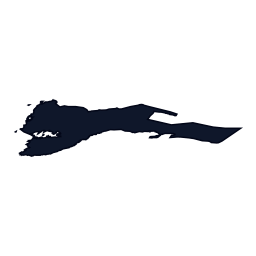 outline of Hvalfjarðarsveit, Vesturland, Iceland
{"feature_id": "244011B64770191202242", "entity_name": "Hvalfjarðarsveit", "entity_type": "district", "adm_level": 2, "iso_a3": "ISL", "parent_name": "Iceland", "parent_adm1": "Vesturland", "projection": "equal_earth", "projection_center": [-21.787, 64.41], "detail": "fine", "context": "isolated", "style": "filled", "palette": "ink", "viewbox_px": 256, "rotation_deg": 0, "n_neighbors": 0, "source": "geoboundaries", "source_scale": "gbopen_adm2", "svg_char_len": 5716}
<svg xmlns="http://www.w3.org/2000/svg" viewBox="0 0 256 256"><path d="M218.5,142.7L222.0,141.0L240.6,128.3L225.3,128.3L213.1,127.1L192.9,122.8L171.4,124.9L147.6,119.4L150.3,115.7L152.9,113.4L153.9,111.8L153.9,111.4L158.9,112.0L161.4,112.1L165.1,112.9L165.8,113.3L167.3,113.3L167.9,113.8L170.1,114.0L170.4,114.1L170.2,114.4L170.9,114.4L170.8,114.6L173.1,114.9L175.0,115.7L176.1,115.5L176.9,114.1L170.3,111.9L149.7,106.8L143.7,105.2L143.0,104.7L141.4,104.5L139.7,104.7L138.0,105.3L130.7,106.6L121.5,109.0L118.8,109.0L116.9,108.0L115.6,108.6L109.1,109.1L106.3,110.0L101.4,110.2L99.1,109.9L97.8,110.6L91.4,111.1L90.5,111.5L89.1,111.5L88.2,111.8L86.8,109.7L83.3,107.7L75.5,106.6L68.1,106.6L64.4,105.9L59.9,107.0L55.5,103.5L55.6,103.0L56.8,102.6L56.9,102.0L56.4,101.2L54.7,100.4L53.3,100.3L53.0,99.9L52.0,101.0L51.0,101.4L50.0,101.4L47.8,102.0L45.1,102.0L44.6,102.5L44.6,102.9L43.5,103.3L43.6,102.6L43.3,103.2L42.8,103.4L43.0,103.6L42.0,104.0L41.7,104.0L42.1,103.4L41.6,103.3L41.3,102.8L42.1,102.5L42.7,101.7L42.4,101.8L42.4,101.4L42.1,101.3L40.7,101.6L40.5,102.0L40.6,102.5L41.2,103.2L41.3,103.8L40.8,104.3L41.1,103.9L40.2,104.0L39.2,104.8L37.4,105.6L37.5,106.1L37.2,105.9L37.1,105.4L37.0,106.5L35.9,107.6L35.9,108.3L34.9,108.6L34.1,109.6L34.2,110.1L33.8,110.1L33.6,110.9L34.1,111.9L33.5,112.6L33.5,113.3L32.7,114.1L31.3,114.0L30.8,114.9L30.6,115.4L31.2,115.3L31.2,116.1L30.7,116.5L31.4,116.4L31.3,117.0L32.0,116.9L32.2,117.0L32.0,117.3L32.5,117.3L32.0,117.6L32.1,118.3L31.3,118.4L31.5,119.1L32.1,119.0L32.0,119.3L31.6,119.6L31.2,119.6L31.3,119.4L30.1,119.7L30.7,120.1L29.8,120.9L30.3,121.1L29.6,121.0L30.2,120.3L29.1,120.1L28.0,121.7L28.2,121.8L27.0,121.3L26.7,120.8L27.9,120.1L27.7,119.8L28.5,118.9L28.2,118.6L28.4,118.1L28.0,117.9L28.1,117.6L29.3,116.9L29.5,116.1L30.2,116.2L30.7,115.8L30.3,115.6L29.4,115.8L28.2,116.6L26.9,118.8L27.0,120.1L26.0,120.8L26.5,123.7L26.3,124.4L25.6,125.0L23.9,125.2L23.9,127.5L23.1,128.4L22.3,128.8L20.7,128.8L20.3,129.1L23.8,131.8L30.6,134.6L32.7,135.9L34.1,136.3L35.0,136.0L33.9,135.8L34.1,135.5L33.9,135.2L33.7,135.2L33.9,135.6L33.5,135.6L31.9,134.3L30.8,134.0L30.5,133.7L31.5,133.4L32.5,133.6L33.6,132.6L35.0,132.0L36.8,131.6L39.5,131.6L38.8,132.1L39.0,132.6L38.5,132.6L38.3,133.5L38.0,133.6L37.9,133.8L38.7,133.4L39.7,132.4L40.7,132.0L42.1,130.8L44.0,130.4L44.5,130.5L44.0,131.2L44.2,131.5L43.9,132.1L46.2,130.9L49.7,130.5L49.9,131.0L49.6,131.3L51.7,131.6L52.9,132.2L52.9,133.0L52.5,133.2L53.2,133.6L52.7,133.8L53.4,133.8L53.3,134.1L53.7,134.2L54.4,133.9L55.1,133.2L56.0,133.0L56.4,132.4L56.0,132.2L56.3,131.8L57.9,131.2L58.9,132.1L59.6,132.3L60.1,132.8L59.8,133.0L60.6,133.3L60.7,133.7L59.8,134.0L59.8,134.3L58.9,134.5L58.5,134.3L58.4,134.0L57.4,133.9L56.9,134.7L56.1,135.4L57.2,135.1L58.5,135.9L60.3,136.0L61.5,136.6L58.5,136.6L56.2,137.4L55.3,137.0L51.0,137.5L50.5,137.2L50.4,136.6L49.9,136.8L49.6,137.4L48.8,137.6L47.5,137.3L48.5,136.3L47.2,136.0L46.7,136.3L46.4,136.9L46.7,137.1L45.8,137.7L42.6,138.1L42.8,137.8L42.6,137.6L41.4,138.2L41.6,137.8L41.2,137.6L42.0,137.2L40.9,137.5L41.0,137.3L39.6,137.7L39.5,138.1L39.8,138.4L39.6,138.5L39.1,138.5L39.2,138.1L37.7,137.7L37.2,138.0L37.2,138.4L36.7,138.8L36.5,138.7L36.5,138.1L35.9,138.1L35.9,137.9L36.5,137.7L36.0,137.6L36.2,137.3L35.0,138.3L33.9,138.2L33.8,137.3L34.3,137.2L34.7,137.5L34.8,137.2L35.7,137.4L36.1,137.1L34.9,136.9L33.6,137.1L33.2,137.4L33.1,138.4L32.4,138.9L31.9,139.8L30.5,140.5L29.3,140.5L28.2,141.3L29.3,141.3L29.9,141.7L29.9,142.1L29.1,142.6L29.1,143.2L27.2,143.8L26.3,144.5L26.9,144.7L27.7,144.5L27.8,144.9L27.4,145.1L27.6,145.3L27.6,146.0L29.6,147.5L29.1,147.8L28.3,147.7L25.1,149.5L24.6,149.9L25.7,150.4L23.0,152.2L21.9,151.9L19.6,153.2L20.1,153.7L19.9,153.9L20.8,154.3L20.6,154.6L21.4,154.5L22.1,155.0L23.5,155.1L26.0,154.6L27.6,155.3L28.5,155.0L29.6,155.3L31.5,156.1L33.4,155.6L34.6,154.9L36.0,155.2L40.4,155.2L41.0,154.7L42.5,154.8L43.7,154.3L45.9,154.7L46.5,154.2L48.3,154.1L49.0,153.8L50.5,153.9L53.2,152.5L57.5,151.4L57.9,150.9L59.4,150.4L60.7,150.2L62.8,148.9L68.8,147.7L68.7,147.4L69.9,147.1L70.4,146.6L71.4,146.6L71.9,146.4L71.8,146.2L72.0,146.0L74.0,145.6L74.2,145.2L74.8,145.1L74.9,144.7L75.3,144.5L75.0,144.4L75.5,144.2L75.4,144.0L76.0,143.8L76.6,142.9L78.8,142.3L80.3,141.1L79.4,140.9L80.1,140.4L80.7,140.5L80.2,140.3L80.3,140.2L82.3,139.5L83.1,139.6L83.3,139.3L85.9,139.7L86.4,139.1L87.8,138.5L88.5,137.2L89.5,136.7L89.6,136.1L89.3,136.0L89.5,135.7L90.8,135.3L91.6,135.4L92.3,135.2L92.2,134.8L92.9,134.6L94.8,134.3L95.9,134.5L96.4,134.2L96.7,133.6L97.9,132.9L98.7,133.0L98.8,133.3L99.6,133.2L100.2,132.8L101.0,132.8L101.4,132.1L104.4,131.1L105.7,131.0L110.3,129.6L114.1,129.8L121.2,129.4L125.1,131.0L129.5,131.2L131.2,131.7L132.3,132.4L133.7,132.3L134.8,132.7L139.3,131.5L142.4,131.9L144.5,131.3L148.3,131.5L148.7,131.1L149.3,131.0L150.1,131.1L150.1,131.3L150.0,131.8L149.4,131.8L150.7,131.8L150.0,131.8L150.2,131.2L154.7,131.0L155.7,131.4L154.6,132.1L155.8,131.6L156.5,132.2L158.6,132.8L158.9,133.2L158.7,133.5L159.4,133.9L159.5,134.8L158.3,135.6L156.5,135.7L154.9,136.4L150.6,136.6L150.0,136.9L149.6,137.7L152.0,137.9L152.9,137.6L156.8,137.6L158.4,136.9L159.6,135.7L160.1,135.5L159.9,135.0L161.0,134.3L161.7,134.5L164.9,133.4L171.7,133.4L174.0,133.7L174.9,134.1L175.0,134.6L174.0,135.2L171.6,135.3L170.1,137.5L177.2,136.9L180.8,137.0L189.0,137.8L193.8,138.5L202.2,140.7L208.5,141.1L210.5,141.8L211.2,142.5L216.8,142.9L218.5,142.7ZM44.5,134.6L43.4,134.4L42.2,135.7L43.2,135.3L43.7,134.7L44.5,134.6ZM15.6,132.0L16.1,131.8L16.2,131.4L15.4,131.9L15.6,132.0ZM29.3,104.9L28.7,104.9L28.3,105.1L28.7,105.3L29.3,104.9ZM20.8,155.4L21.6,155.4L20.8,155.4ZM48.5,135.7L48.9,135.5L48.1,135.6L48.5,135.7ZM27.7,140.7L28.3,140.5L28.6,140.3L27.7,140.7Z" fill="#0f172a" stroke="#020617" stroke-width="1.5"/></svg>